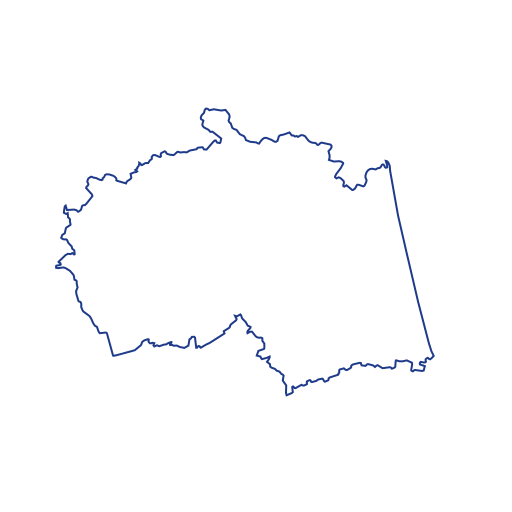 the Territory of Altay, rotated 195°
{"feature_id": "RUS-2399", "entity_name": "Altay", "entity_type": "Territory", "adm_level": 1, "iso_a3": "RUS", "parent_name": "Russia", "parent_adm1": "", "projection": "mercator", "projection_center": [83.175, 52.561], "detail": "fine", "context": "isolated", "style": "outline", "palette": "blue", "viewbox_px": 512, "rotation_deg": 195, "n_neighbors": 0, "source": "natural_earth", "source_scale": "10m", "svg_char_len": 6127}
<svg xmlns="http://www.w3.org/2000/svg" viewBox="0 0 512 512"><g transform="rotate(195 256 256)"><path d="M111.3,298.0L87.5,253.6L66.5,216.6L61.9,209.4L58.5,205.5L59.9,202.8L61.1,201.3L62.0,201.3L63.7,202.1L64.9,201.1L65.4,200.1L65.3,199.4L64.5,197.9L64.8,197.2L66.1,196.6L69.4,196.4L69.9,195.8L70.0,194.6L69.6,193.7L64.4,193.3L64.4,188.7L66.0,187.9L72.7,187.1L73.4,186.8L74.6,185.2L76.1,185.4L76.6,186.0L77.1,191.6L77.8,193.3L83.3,194.2L87.4,192.1L90.4,191.4L93.7,191.5L93.9,191.2L93.7,189.7L92.8,185.1L93.2,184.2L95.5,182.3L97.0,183.2L98.0,183.2L104.7,180.4L110.2,182.0L111.2,181.4L112.4,179.6L114.4,180.6L119.8,180.6L120.6,180.1L121.8,178.2L125.6,177.7L126.3,178.4L126.9,179.7L128.1,179.7L133.5,176.8L134.9,175.8L135.6,174.5L135.3,173.1L135.6,172.4L138.6,169.4L139.8,169.2L142.1,170.2L145.8,168.0L146.1,167.2L145.4,164.9L146.0,163.9L145.7,163.2L145.9,162.6L153.4,157.7L154.2,156.6L153.9,155.2L154.1,154.6L156.9,152.4L157.9,152.8L159.5,154.5L160.2,154.7L164.0,152.8L165.4,151.0L169.3,148.7L170.0,148.7L171.3,150.0L172.1,150.0L174.4,148.0L174.3,147.3L173.6,145.6L173.9,145.1L176.1,143.3L177.5,143.0L178.7,143.4L183.6,138.6L184.6,138.5L186.2,139.6L186.8,139.4L187.1,138.8L187.0,138.4L185.2,134.1L186.0,132.8L190.4,129.4L191.6,131.5L193.3,138.8L197.9,142.6L198.4,147.6L199.1,148.2L201.1,148.7L203.4,150.4L206.3,150.6L208.6,151.9L211.7,152.1L213.5,152.7L214.6,155.2L218.0,156.6L216.9,159.4L216.6,161.9L216.8,162.4L219.1,160.5L223.6,157.9L224.6,158.6L225.7,160.0L229.5,160.0L229.1,165.0L224.3,168.2L224.1,169.2L225.3,173.6L227.9,175.7L228.6,178.2L230.2,178.5L231.8,177.8L234.2,177.8L235.9,178.6L240.3,181.9L242.3,181.2L244.2,179.3L244.7,180.3L244.5,181.8L243.0,184.6L242.8,185.4L242.9,186.1L246.0,186.6L248.8,189.5L253.3,192.2L255.1,194.9L256.0,195.5L258.8,192.8L260.8,192.8L258.4,190.0L258.4,189.4L258.7,188.6L262.5,183.5L263.0,181.9L262.8,181.0L263.4,179.6L267.7,175.0L266.4,173.0L278.3,160.0L281.2,157.6L285.6,153.1L286.2,153.3L286.9,154.1L288.0,154.3L288.6,153.8L289.2,152.2L290.0,151.9L293.8,161.4L294.7,162.0L297.0,161.3L297.6,159.4L298.7,158.3L298.1,151.9L301.4,148.7L306.0,148.4L309.4,149.0L312.3,148.0L313.9,148.4L315.9,147.8L316.2,148.4L315.3,150.5L315.3,150.9L315.6,151.0L318.2,149.2L320.0,147.3L321.8,146.7L326.1,143.8L328.6,144.1L330.8,142.3L332.0,143.2L331.7,145.5L333.4,145.4L335.0,144.4L336.0,144.3L337.7,145.5L338.0,147.6L338.8,147.7L342.0,145.6L343.3,144.1L343.8,143.0L343.9,140.6L344.2,139.9L348.7,133.6L365.0,124.1L367.6,122.8L368.3,122.8L379.9,142.6L380.5,143.1L381.3,143.2L386.9,141.0L388.4,142.1L391.3,146.4L393.5,146.9L395.7,148.8L399.3,153.2L401.3,154.9L408.6,157.8L409.5,158.7L411.6,161.4L412.3,164.3L412.9,165.4L413.8,166.2L415.0,166.2L415.9,166.6L419.8,173.1L420.7,175.5L420.2,179.5L421.9,182.6L422.7,185.3L423.3,185.8L425.2,186.1L426.6,189.3L427.5,190.6L432.0,193.6L437.2,195.1L439.4,195.0L443.9,193.1L445.9,192.8L446.5,194.3L446.3,195.0L442.9,196.6L442.4,197.2L443.0,198.4L444.9,198.8L445.2,199.3L440.2,207.6L438.3,209.4L435.4,209.9L434.9,210.7L434.0,211.3L432.3,210.4L431.7,210.6L431.6,210.9L433.0,214.4L435.4,215.5L436.5,217.5L440.6,220.0L442.6,222.5L443.3,222.9L446.3,222.3L448.3,222.7L448.9,223.2L448.6,226.2L446.6,228.4L446.8,233.5L446.6,234.3L443.3,238.0L443.3,238.5L444.8,241.5L445.1,243.1L445.7,243.8L447.5,244.7L449.0,248.7L450.2,247.5L452.7,248.0L453.0,248.9L453.5,253.8L453.5,254.5L452.9,255.4L450.5,251.5L443.6,253.8L441.1,253.7L439.3,252.7L438.4,253.4L437.0,255.4L436.9,259.3L436.2,260.2L434.4,260.9L433.5,262.3L429.5,271.5L430.4,273.0L437.7,277.7L437.7,278.7L436.6,280.7L436.4,281.5L436.8,282.5L438.2,284.1L438.2,286.6L437.9,287.6L436.1,289.7L435.3,290.0L433.5,289.7L430.6,289.9L426.5,289.2L424.6,289.4L424.0,290.1L424.2,291.5L423.2,292.8L422.7,295.3L421.5,296.2L419.1,296.8L414.8,296.6L412.9,296.0L411.2,294.9L410.8,294.3L410.5,292.9L409.9,292.7L400.3,292.5L400.2,293.9L399.7,295.0L397.5,297.4L396.8,298.6L396.7,299.4L398.4,302.9L395.5,305.2L393.5,306.0L392.7,307.0L394.8,307.9L393.3,309.7L393.6,310.7L392.7,312.5L392.6,315.0L392.9,315.8L391.6,315.4L390.4,314.2L389.8,314.2L386.9,317.1L384.2,317.9L383.2,321.0L381.9,322.5L381.8,323.2L382.4,324.8L381.4,326.8L379.6,327.4L374.8,326.7L374.0,327.0L373.6,327.9L374.4,329.4L374.2,330.8L371.3,333.5L370.3,333.3L369.3,332.3L368.1,331.6L365.1,331.6L361.9,332.1L361.2,332.7L359.0,336.1L358.4,336.5L355.9,336.4L352.5,337.7L349.7,338.2L347.3,340.7L341.0,343.8L340.7,344.9L340.1,345.6L336.2,347.1L335.5,347.1L333.9,345.5L331.3,346.0L326.8,355.3L325.7,356.9L324.8,357.2L322.9,355.5L320.2,355.7L319.8,356.5L320.0,360.5L330.2,364.8L332.3,364.1L334.5,365.6L339.4,366.7L340.9,367.6L341.5,368.3L341.9,369.2L341.9,373.2L344.4,373.9L344.9,374.7L345.2,375.9L344.9,377.9L343.3,380.8L343.3,383.7L343.0,384.6L342.4,385.5L340.6,385.6L338.8,384.7L334.8,386.8L327.3,387.5L323.3,389.2L318.6,385.8L317.5,383.7L317.5,379.6L316.3,378.2L314.7,377.5L312.1,373.7L310.3,373.0L307.5,372.8L303.2,369.5L298.5,368.6L297.0,367.3L295.8,365.4L291.2,364.8L285.1,365.8L283.4,365.3L282.1,365.4L281.2,368.1L280.0,370.5L278.5,372.2L276.6,372.8L271.0,372.2L267.7,371.2L266.1,371.6L265.0,372.9L264.9,377.5L263.8,379.0L261.0,380.3L255.6,384.0L252.7,381.7L250.8,382.1L249.4,381.5L247.7,382.4L246.3,381.9L243.9,384.3L241.8,384.8L239.6,384.4L235.2,381.0L233.3,380.3L231.2,380.0L228.1,380.5L227.2,380.4L225.6,379.3L224.8,379.3L224.1,380.0L222.9,381.9L221.9,382.5L212.9,382.9L211.7,382.2L211.2,380.8L211.5,379.1L213.1,376.0L211.0,372.3L210.4,370.1L210.4,367.7L205.2,367.4L200.2,369.1L198.0,369.2L196.0,368.5L195.7,367.9L196.9,362.9L199.7,355.9L200.2,353.3L200.0,352.5L198.3,351.8L196.5,353.4L194.5,353.1L190.9,351.2L190.4,350.5L190.0,349.2L190.0,346.9L189.6,346.0L188.6,345.9L186.9,347.7L180.2,344.7L179.5,344.8L178.1,346.3L177.4,348.2L177.3,349.3L176.7,351.0L175.1,351.4L170.5,351.0L169.8,351.5L169.3,352.4L168.7,355.9L168.8,357.9L170.5,360.0L171.1,362.0L170.9,365.4L170.0,367.7L168.5,369.4L166.7,370.3L162.8,370.6L161.4,372.1L159.2,373.2L158.6,374.3L158.0,376.5L157.5,377.1L156.6,377.3L155.8,376.8L154.4,375.2L153.6,374.8L152.2,375.6L152.9,377.7L155.2,381.4L153.9,381.4L152.4,380.5L150.1,377.6L148.5,373.0L129.3,331.9L111.3,298.0Z" fill="none" stroke="#1e3a8a" stroke-width="2"/></g></svg>